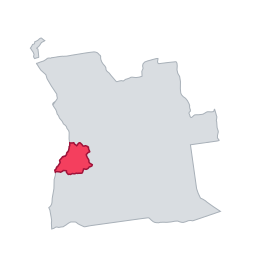 location of Benguela within Angola, rotated 352°
{"feature_id": "AGO-1887", "entity_name": "Benguela", "entity_type": "Province", "adm_level": 1, "iso_a3": "AGO", "parent_name": "Angola", "parent_adm1": "", "projection": "mercator", "projection_center": [13.731, -12.811], "detail": "fine", "context": "in_parent", "style": "filled", "palette": "rose", "viewbox_px": 256, "rotation_deg": 352, "n_neighbors": 0, "source": "natural_earth", "source_scale": "10m", "svg_char_len": 5963}
<svg xmlns="http://www.w3.org/2000/svg" viewBox="0 0 256 256"><g transform="rotate(352 128 128)"><path d="M216.4,121.6L216.7,123.5L217.1,126.2L217.3,128.2L217.5,129.0L217.6,129.5L217.3,130.0L217.1,131.2L216.7,132.2L216.5,132.9L216.7,134.2L216.4,138.2L216.3,140.1L216.9,143.6L216.8,144.6L215.6,147.8L215.3,149.4L215.2,150.3L216.5,152.6L216.4,153.1L215.4,153.2L214.6,153.3L187.5,153.3L187.5,194.2L187.5,197.7L188.4,202.4L190.0,207.5L190.6,207.9L192.2,208.9L194.5,210.8L195.7,212.2L198.3,214.7L201.7,217.9L207.9,223.4L187.2,227.4L179.3,228.9L178.6,228.8L177.4,228.3L174.9,228.2L171.9,228.9L169.5,229.2L167.8,228.8L166.1,228.1L164.4,227.1L161.5,226.8L157.4,227.0L153.4,226.8L149.6,226.2L146.9,225.9L145.2,226.1L143.4,225.8L141.6,225.3L140.0,224.3L138.1,222.3L136.6,220.3L136.2,220.1L135.8,219.8L135.3,219.7L127.1,219.6L77.3,219.5L71.5,219.8L71.1,219.7L70.4,219.5L69.9,219.1L68.2,218.0L66.8,217.1L64.9,215.7L63.6,214.2L62.6,213.7L60.7,213.4L59.3,213.2L58.2,213.1L56.2,213.8L54.7,214.5L53.6,215.2L51.7,216.0L50.1,216.8L47.4,216.7L46.8,216.8L45.3,216.8L43.8,216.1L42.3,216.2L40.7,217.0L38.4,217.4L38.9,211.6L39.5,209.1L39.5,206.0L39.2,198.2L38.8,197.1L38.5,195.8L40.0,194.9L40.7,194.2L41.7,192.9L42.4,191.0L43.2,187.0L46.2,177.8L47.7,168.8L49.5,164.6L50.2,159.8L55.2,153.7L56.5,149.9L59.1,148.1L62.8,146.1L65.4,142.6L66.7,140.2L68.1,135.6L68.1,130.7L69.1,124.3L68.9,122.4L67.5,119.9L67.2,118.0L65.9,116.2L64.6,114.9L63.9,112.5L61.5,108.6L60.9,106.1L59.8,104.3L59.6,102.0L59.0,99.6L57.8,97.3L56.7,94.6L56.7,93.8L57.4,92.8L58.1,92.4L57.8,92.9L57.4,93.5L57.5,94.0L61.9,89.3L62.2,88.4L62.1,87.3L62.0,86.1L62.2,84.6L58.0,75.9L54.7,67.9L54.1,63.8L49.7,58.5L48.0,55.0L47.0,52.6L46.3,51.6L46.6,51.2L47.7,51.1L50.2,50.5L53.7,49.9L56.9,48.5L57.7,47.8L59.4,47.7L61.1,48.1L61.8,47.8L62.1,47.8L66.2,47.8L67.8,47.7L71.0,47.7L72.9,47.8L74.1,48.0L77.1,48.3L80.9,48.2L82.2,48.1L87.1,48.0L96.4,47.8L101.3,47.8L105.0,47.9L106.7,48.4L108.2,49.3L108.9,50.2L109.3,50.6L109.7,51.5L110.6,52.2L110.9,53.4L110.6,54.9L110.7,56.7L111.2,58.9L112.2,61.1L113.8,63.5L114.5,65.4L114.3,66.8L114.7,68.3L115.9,69.8L116.7,70.6L117.2,71.3L118.5,73.6L122.8,80.3L123.4,80.6L124.3,80.5L126.3,80.2L128.3,80.2L129.7,80.8L130.2,80.7L132.3,79.5L134.4,79.2L136.6,78.7L137.7,78.2L139.0,78.2L142.6,79.1L143.3,79.2L146.2,79.2L149.1,78.7L149.5,74.9L149.5,74.1L150.2,72.7L151.1,71.4L151.2,70.2L151.1,68.6L151.8,66.6L153.7,65.0L156.8,64.3L158.6,64.1L161.4,63.7L165.7,63.2L167.3,63.3L167.4,63.5L166.5,66.3L166.5,67.2L166.8,68.1L167.5,68.6L176.0,68.7L184.2,69.0L184.6,69.1L185.0,69.3L185.5,70.7L185.4,73.3L184.6,77.2L184.9,80.8L186.3,84.2L186.4,89.4L185.3,96.4L185.1,100.8L185.7,102.7L187.0,104.6L189.1,106.6L190.7,109.3L191.8,112.5L192.2,114.5L191.9,115.4L191.9,116.8L192.3,118.9L191.9,120.3L190.8,120.9L190.4,121.9L190.9,123.7L191.1,125.3L191.8,126.4L192.4,126.4L193.5,125.8L194.9,124.8L196.0,124.3L197.5,124.4L199.7,124.7L203.5,124.8L204.6,124.6L208.2,123.1L209.1,123.0L210.5,123.2L212.5,123.6L214.5,123.7L215.5,123.2L215.6,122.6L215.9,121.9L216.4,121.6ZM57.8,29.9L57.5,30.1L55.9,30.7L54.2,31.3L52.0,33.8L50.8,34.9L50.5,35.1L49.5,35.7L48.7,36.2L48.7,36.5L49.2,36.8L49.8,37.4L49.7,41.4L49.5,45.4L49.2,45.7L47.8,45.8L45.9,46.1L45.3,46.3L45.0,45.9L44.4,44.4L44.8,43.1L45.2,42.0L44.7,39.9L43.8,38.1L42.7,35.7L42.4,35.3L43.3,34.5L44.6,32.8L45.1,32.0L46.6,31.8L47.2,31.2L47.6,30.2L47.7,29.6L49.4,29.2L51.5,28.3L52.6,27.4L53.8,26.9L54.5,26.8L55.0,27.1L56.3,28.6L57.4,29.6L57.8,29.9Z" fill="#d9dde1" stroke="#a8b0b8" stroke-width="1"/><path d="M49.9,161.7L49.8,161.4L49.8,160.8L49.8,160.6L49.6,160.1L49.6,159.9L49.7,159.6L49.8,159.4L49.9,159.2L50.1,159.2L50.4,159.1L50.5,159.0L50.6,158.9L50.8,158.6L51.0,158.5L51.4,158.4L51.5,158.1L51.5,157.9L51.4,157.8L51.4,157.7L51.6,157.4L51.7,157.1L52.1,156.9L52.2,156.7L52.3,156.5L52.5,156.6L52.8,156.4L53.1,156.3L53.2,156.1L54.2,154.9L54.6,154.6L54.8,154.4L55.0,154.0L55.9,153.0L56.1,152.6L56.1,152.2L56.0,151.8L55.8,151.4L55.7,150.9L55.8,150.5L56.5,149.8L56.9,149.6L57.8,148.7L58.2,148.5L58.3,148.4L58.6,147.9L59.1,147.5L59.3,147.3L59.6,147.3L59.9,147.4L60.1,147.5L60.6,147.0L61.0,147.0L61.5,147.3L62.0,147.2L62.4,146.8L63.1,146.1L63.4,145.9L63.5,145.7L63.6,144.9L63.7,144.6L63.8,144.3L64.1,143.9L65.0,143.0L64.9,143.1L64.8,143.4L64.9,143.5L65.1,143.3L65.4,142.8L65.9,142.3L66.0,142.0L66.4,140.9L66.8,140.0L67.0,139.5L67.1,138.5L67.2,138.2L67.4,138.0L67.6,137.8L67.8,137.5L67.9,137.2L68.1,135.7L68.2,135.2L68.3,134.9L68.3,134.6L69.0,134.8L69.4,134.9L69.7,134.9L70.9,135.1L71.8,135.0L72.1,135.0L72.4,135.2L72.5,135.5L72.7,136.2L72.8,136.5L73.0,136.8L73.7,137.2L74.0,137.5L74.7,138.4L75.6,137.7L76.3,136.7L76.6,136.5L77.3,136.0L77.7,135.9L78.0,135.9L78.3,135.9L78.8,136.3L80.2,138.1L80.6,139.0L81.0,139.6L81.9,139.8L82.4,139.8L83.0,139.6L83.4,139.6L83.7,139.7L85.0,140.4L85.3,140.6L85.4,140.9L85.5,141.1L85.8,141.4L86.1,141.4L86.1,143.3L86.1,143.6L86.6,145.0L86.6,145.4L86.8,146.0L86.6,146.4L86.0,146.5L85.4,146.6L85.1,146.8L84.8,147.0L84.5,147.2L84.2,147.6L83.5,148.0L83.2,148.2L83.0,148.6L83.1,149.3L83.0,149.6L83.1,150.0L83.5,151.1L83.7,151.8L84.1,152.8L84.4,153.2L84.5,153.4L84.7,154.4L84.8,155.1L84.7,155.4L84.6,155.7L84.6,156.0L84.7,156.4L84.8,156.8L85.3,157.5L85.6,157.9L86.4,158.4L86.9,158.9L87.5,159.3L87.1,160.4L85.5,161.1L85.2,161.1L84.6,161.0L83.8,161.5L83.3,162.1L82.9,162.4L82.6,162.6L81.2,163.1L80.6,163.1L79.4,162.6L78.8,162.4L78.7,162.3L78.2,162.5L78.2,162.8L78.1,163.1L77.9,163.4L76.9,165.4L76.4,166.1L75.7,166.3L72.5,165.9L72.0,166.0L71.6,165.9L70.9,165.6L70.7,165.6L70.3,165.6L69.2,165.9L68.5,165.9L68.0,165.8L67.7,165.7L67.3,165.6L66.9,165.4L66.5,165.4L64.9,165.9L64.5,166.0L64.3,165.9L63.7,165.7L63.3,165.6L62.6,165.7L62.3,165.6L62.1,165.3L61.7,164.6L61.2,163.9L61.0,163.5L60.9,163.2L60.9,162.9L61.1,162.2L61.1,161.9L60.9,161.7L58.2,161.1L57.8,161.1L57.6,161.3L57.4,161.6L57.1,161.7L55.5,162.3L55.1,162.4L54.8,162.3L54.2,161.9L53.1,161.7L52.4,161.5L51.1,161.2L50.7,161.3L50.4,161.4L49.9,161.7L49.9,161.7Z" fill="#f43f5e" stroke="#9f1239" stroke-width="1.5"/></g></svg>